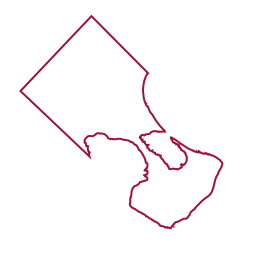 the district of Biedma, Chubut, Argentina, rotated 46°
{"feature_id": "61730980B40140971915743", "entity_name": "Biedma", "entity_type": "district", "adm_level": 2, "iso_a3": "ARG", "parent_name": "Argentina", "parent_adm1": "Chubut", "projection": "albers", "projection_center": [-64.415, -42.44], "detail": "fine", "context": "isolated", "style": "outline", "palette": "rose", "viewbox_px": 256, "rotation_deg": 46, "n_neighbors": 0, "source": "geoboundaries", "source_scale": "gbopen_adm2", "svg_char_len": 6025}
<svg xmlns="http://www.w3.org/2000/svg" viewBox="0 0 256 256"><g transform="rotate(46 128 128)"><path d="M69.5,177.8L121.8,175.5L121.1,175.1L120.3,175.4L119.9,175.2L119.4,174.6L119.6,174.2L119.2,173.8L119.3,173.5L118.9,173.3L118.9,172.6L118.1,172.6L117.9,172.4L117.1,172.6L116.7,172.5L114.6,171.0L113.6,170.0L113.4,169.4L113.0,169.5L112.3,170.4L111.7,170.4L109.3,168.8L109.2,168.8L109.1,169.2L109.0,169.3L108.1,169.1L107.0,168.0L106.6,167.4L106.1,166.1L106.1,162.9L106.3,162.2L107.6,160.6L109.6,159.0L109.7,157.8L110.3,155.7L110.0,155.3L110.1,154.7L110.5,153.7L111.0,153.0L111.9,152.7L112.7,151.6L113.6,150.8L115.9,149.2L119.5,148.8L120.4,148.9L121.1,149.4L121.4,149.4L122.3,149.2L123.3,148.4L123.8,148.4L123.9,148.0L124.4,147.3L125.0,146.9L125.8,146.6L126.0,146.0L127.6,144.7L128.4,143.1L130.0,141.5L131.5,140.3L133.5,139.3L134.1,138.7L136.8,136.7L138.1,136.0L139.9,135.8L140.4,135.6L140.7,135.1L141.8,134.7L144.7,134.7L145.4,134.2L146.9,134.0L151.8,135.4L152.4,135.1L153.2,135.0L156.3,135.6L161.8,137.1L165.4,139.2L165.6,139.2L165.9,138.8L166.6,138.8L167.3,139.0L168.4,139.9L169.9,141.8L170.0,142.6L169.7,142.8L169.6,143.2L169.9,143.5L170.0,143.7L169.8,145.0L170.0,145.4L170.4,145.3L170.9,144.8L171.3,144.7L171.4,144.3L172.1,144.1L172.3,143.9L172.8,144.1L172.8,144.4L173.4,144.6L174.3,145.9L174.6,146.7L173.9,147.5L173.7,148.3L173.3,148.7L173.1,149.2L173.5,149.3L173.6,149.5L173.6,149.3L173.9,149.2L174.8,149.3L175.7,148.7L176.9,148.8L177.5,149.0L178.4,149.7L178.6,150.3L178.6,150.8L177.9,151.7L177.6,152.9L177.1,153.3L176.8,154.4L176.2,154.8L175.9,156.0L175.6,156.2L175.2,157.0L175.4,157.3L175.6,158.8L175.6,160.6L174.8,162.8L174.3,163.8L174.3,164.7L174.9,167.1L176.0,169.3L178.7,172.4L179.2,173.4L179.9,174.2L180.0,175.0L182.2,177.3L183.2,177.9L183.4,178.8L184.0,179.3L184.3,179.9L185.7,180.3L187.7,180.5L191.4,179.2L196.1,178.3L196.9,177.8L197.5,177.7L197.9,177.4L199.6,177.0L200.0,177.1L200.2,176.8L201.4,176.4L202.9,176.1L204.2,176.4L205.2,175.5L207.9,175.4L208.6,174.9L210.2,174.5L210.7,174.6L211.7,174.0L212.3,174.1L212.9,173.9L213.6,174.0L213.8,173.6L215.5,172.9L219.0,172.4L219.9,172.6L220.0,172.8L220.5,172.8L221.2,172.5L221.8,171.8L222.6,171.7L223.4,170.8L224.7,170.4L225.3,170.4L225.4,169.9L226.4,169.3L226.7,168.6L227.5,168.7L228.0,167.9L228.6,167.6L229.0,167.6L229.6,167.1L229.4,167.0L229.6,166.2L229.5,165.8L229.2,165.4L229.2,164.8L229.3,164.3L229.6,164.1L229.3,164.1L229.0,163.6L229.0,162.2L229.1,161.7L228.7,161.2L228.7,160.5L228.9,159.8L228.8,159.7L228.8,159.3L229.6,158.0L230.1,156.8L230.4,156.5L230.8,155.1L230.7,154.4L231.5,152.6L231.9,150.9L232.4,150.4L233.7,149.2L233.9,148.3L233.6,147.6L233.8,146.7L233.4,145.6L233.3,143.9L232.8,143.2L232.1,141.1L232.2,138.5L232.2,137.8L232.6,136.9L232.6,136.2L232.5,135.9L232.2,135.6L232.3,135.0L232.1,134.6L231.9,125.7L232.2,120.9L232.7,118.5L232.9,115.1L232.2,112.3L231.3,110.1L229.5,106.9L226.1,101.7L224.6,98.7L224.1,97.3L223.7,95.5L222.6,93.6L221.7,90.2L220.7,87.2L218.9,84.6L217.7,84.3L216.8,84.4L214.9,84.1L211.9,84.8L211.1,84.8L208.5,85.5L207.3,85.9L206.3,86.6L205.5,86.8L203.6,87.9L203.3,87.8L203.2,88.0L203.0,87.9L202.9,88.2L203.0,88.5L202.6,89.0L201.9,89.0L201.5,89.3L200.6,89.1L200.2,89.5L200.1,90.1L199.5,90.4L199.6,90.6L199.4,90.7L199.3,91.1L198.6,91.8L197.0,92.4L196.2,93.0L195.0,93.0L195.2,93.5L194.5,93.9L194.2,93.8L194.4,94.2L194.3,94.3L194.3,94.6L194.0,94.9L193.2,95.2L192.8,95.1L192.6,94.9L192.4,94.9L192.5,95.3L192.0,95.7L192.0,96.0L190.8,96.7L190.1,96.9L189.9,96.7L188.8,97.3L188.1,97.3L187.0,98.0L184.7,98.9L175.0,101.1L170.0,102.0L165.7,103.1L163.9,103.8L164.6,103.8L165.6,104.5L166.6,104.5L167.5,104.8L168.1,105.1L168.9,105.2L169.7,105.5L170.1,105.0L170.9,105.1L171.7,104.5L173.2,104.8L173.3,104.6L173.1,104.2L173.4,103.9L174.7,103.9L174.9,103.5L175.4,103.5L175.5,103.3L176.2,103.5L177.1,104.2L177.1,104.4L176.9,104.6L177.1,104.7L177.4,104.3L177.9,104.3L178.3,104.5L179.0,104.3L179.9,104.7L180.3,104.5L181.0,105.0L181.5,104.7L183.0,104.4L183.5,104.0L184.0,104.0L185.0,104.4L185.2,104.0L185.5,104.0L186.4,104.3L187.8,105.4L188.6,105.3L189.4,105.7L190.3,106.6L190.7,106.6L191.0,106.9L191.7,108.1L192.2,108.3L192.5,109.1L193.3,111.3L193.4,112.8L193.3,113.3L193.0,113.3L193.0,114.2L192.6,114.4L192.2,114.4L192.0,114.8L191.3,114.7L191.3,114.9L191.2,115.2L191.9,115.3L192.7,116.2L193.1,116.4L193.3,116.3L193.6,116.8L193.5,117.4L193.1,118.3L192.7,120.2L192.3,121.1L191.3,121.4L190.8,122.0L190.5,122.1L189.9,122.9L188.6,123.7L187.7,125.1L186.7,126.6L186.2,126.7L184.9,126.5L184.8,126.2L184.1,125.9L182.6,125.8L182.3,125.7L182.3,125.4L181.6,125.3L180.8,125.5L180.4,125.1L179.2,125.6L178.3,125.8L177.5,125.3L176.2,125.3L175.5,124.9L174.3,125.1L173.8,124.9L171.7,125.0L171.4,124.8L171.0,124.0L170.7,123.6L170.3,123.8L170.0,124.3L169.5,124.6L169.1,124.7L168.9,124.5L168.3,124.6L168.2,124.8L167.9,124.9L168.0,125.2L167.8,125.5L166.2,126.2L165.2,126.3L164.6,125.8L164.0,126.1L163.7,126.5L163.3,126.6L162.8,126.5L161.5,126.9L161.2,126.8L161.1,126.6L161.0,127.0L160.5,127.1L160.3,127.4L159.5,127.9L159.0,127.9L157.8,127.8L157.3,127.4L156.0,127.8L155.2,127.7L154.5,126.9L154.4,126.3L154.7,125.5L154.4,125.0L153.9,125.6L153.9,126.5L153.3,126.8L151.7,126.5L150.7,126.5L149.8,126.1L149.6,125.5L149.4,125.6L149.3,126.2L148.2,127.0L146.9,126.6L146.6,126.0L146.7,125.7L146.2,125.8L146.1,126.0L145.8,126.1L145.6,126.4L145.0,126.4L144.2,126.1L143.4,126.3L143.0,126.1L142.7,125.6L143.0,125.2L142.7,125.2L142.5,123.5L142.7,122.6L143.3,122.1L144.0,121.9L144.7,121.4L145.0,120.6L144.8,119.9L144.9,119.5L146.2,118.1L146.9,116.8L147.2,115.7L147.0,114.4L147.2,113.7L147.9,112.1L149.3,110.4L150.8,109.6L150.9,109.2L151.2,108.9L152.4,108.4L152.6,107.6L153.9,106.6L154.9,105.1L156.3,103.9L155.5,103.6L149.5,103.6L143.0,102.9L138.2,102.0L135.7,101.2L133.6,101.2L131.8,101.0L129.0,100.0L126.5,98.8L126.1,99.1L125.5,99.2L123.8,98.9L123.0,98.5L122.9,98.1L122.6,98.4L122.1,98.2L119.4,97.0L117.2,95.7L112.3,91.9L110.3,90.0L107.5,86.6L105.3,83.4L103.3,79.3L102.6,77.3L102.4,76.1L102.5,75.5L22.1,76.6L26.7,179.7L69.5,177.8Z" fill="none" stroke="#9f1239" stroke-width="2"/></g></svg>